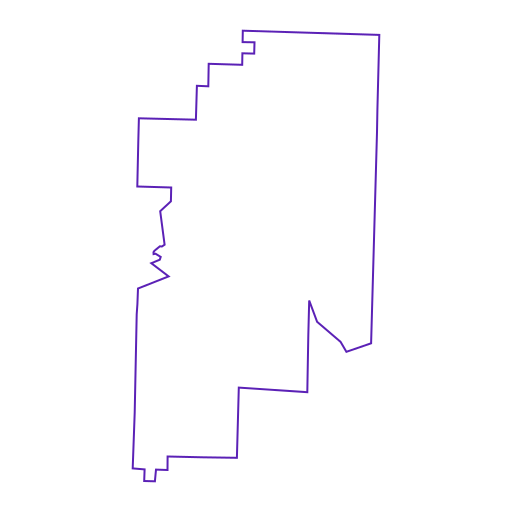 Franklin, Arkansas, United States of America (Albers equal-area conic projection)
{"feature_id": "52423323B69712686179193", "entity_name": "Franklin", "entity_type": "district", "adm_level": 2, "iso_a3": "USA", "parent_name": "United States of America", "parent_adm1": "Arkansas", "projection": "albers", "projection_center": [-93.962, 35.487], "detail": "fine", "context": "isolated", "style": "outline", "palette": "violet", "viewbox_px": 512, "rotation_deg": 0, "n_neighbors": 0, "source": "geoboundaries", "source_scale": "gbopen_adm2", "svg_char_len": 740}
<svg xmlns="http://www.w3.org/2000/svg" viewBox="0 0 512 512"><path d="M242.6,42.1L254.5,42.3L254.2,53.6L242.4,53.3L242.2,64.8L208.7,63.8L208.3,86.3L196.9,85.8L195.9,119.7L138.9,118.3L138.3,141.1L137.3,186.5L171.2,187.5L170.9,201.3L160.2,211.2L164.6,244.7L161.9,246.5L159.9,246.3L154.5,250.7L153.5,252.2L153.6,254.1L155.5,253.7L160.7,256.9L159.8,259.7L151.3,263.2L168.6,276.4L138.0,288.5L137.4,304.2L136.7,314.3L134.7,412.7L132.7,468.4L144.6,469.4L144.2,481.0L154.9,481.3L156.0,469.6L167.5,470.0L167.6,456.5L202.7,457.3L236.9,457.8L238.8,387.6L307.3,392.2L308.3,335.5L309.2,300.5L317.1,321.8L340.6,341.9L346.4,351.8L371.1,343.3L377.0,132.2L377.4,109.6L379.3,34.9L242.8,30.7L242.6,42.1Z" fill="none" stroke="#5b21b6" stroke-width="2"/></svg>